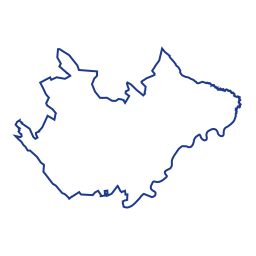 Valmieras pag., Burtnieku, Latvia
{"feature_id": "27541924B48848471739366", "entity_name": "Valmieras pag.", "entity_type": "district", "adm_level": 2, "iso_a3": "LVA", "parent_name": "Latvia", "parent_adm1": "Burtnieku", "projection": "mercator", "projection_center": [25.5, 57.594], "detail": "fine", "context": "isolated", "style": "outline", "palette": "blue", "viewbox_px": 256, "rotation_deg": 0, "n_neighbors": 0, "source": "geoboundaries", "source_scale": "gbopen_adm2", "svg_char_len": 5649}
<svg xmlns="http://www.w3.org/2000/svg" viewBox="0 0 256 256"><path d="M230.7,124.4L231.2,123.7L232.5,122.7L233.1,122.0L234.3,120.2L235.8,116.0L235.7,115.2L235.8,114.3L235.7,114.1L235.7,113.7L236.3,113.2L236.1,113.0L236.1,112.2L236.4,112.1L236.7,111.7L236.4,111.0L236.3,110.5L236.5,110.0L235.9,110.0L236.0,109.5L235.7,109.2L235.8,108.6L236.0,108.4L236.5,108.4L237.6,107.8L237.8,107.5L237.6,107.1L237.6,106.8L237.7,106.5L237.9,106.4L238.4,106.5L239.6,107.3L240.0,106.7L240.0,106.4L239.4,106.4L239.2,106.0L239.5,105.5L239.5,104.9L239.7,104.4L239.9,104.3L239.9,104.5L240.1,104.7L240.4,104.7L240.6,104.4L240.2,104.2L238.7,102.5L239.0,102.1L238.8,101.6L239.5,100.6L240.0,100.5L240.1,100.3L239.3,99.9L239.4,99.5L239.1,99.2L239.1,98.7L239.4,98.7L238.9,98.0L239.5,97.8L239.6,97.6L239.2,97.5L239.4,97.0L239.0,96.8L238.6,97.1L238.0,97.0L237.7,96.5L237.0,96.8L236.9,96.6L236.5,96.8L234.3,96.0L234.1,95.8L234.2,95.7L234.4,95.6L234.6,94.6L234.5,94.1L233.6,93.7L233.5,93.1L233.3,92.7L233.2,92.7L233.2,92.9L232.5,93.1L232.1,93.0L232.0,92.8L231.8,92.8L231.5,92.9L231.3,92.6L231.3,92.4L231.1,92.3L230.7,91.9L231.1,91.7L230.9,91.4L230.5,91.4L230.4,91.0L230.2,90.7L229.6,90.8L229.4,90.9L229.1,90.8L228.5,91.0L228.2,90.9L227.8,90.0L227.4,90.0L226.9,89.5L226.6,89.4L226.1,89.5L225.7,89.8L225.3,90.5L225.1,90.9L225.0,91.0L224.3,90.5L223.8,90.5L223.9,89.9L223.7,89.8L223.4,89.1L223.2,89.0L222.5,89.4L222.3,89.8L222.0,89.6L222.1,89.8L221.7,90.0L221.3,89.9L221.7,89.7L221.3,89.6L221.2,89.4L221.0,89.5L220.6,89.3L220.6,89.5L220.3,89.7L220.1,89.2L219.9,89.1L219.6,89.1L219.7,89.6L219.1,89.6L219.1,89.4L218.6,89.3L218.3,89.5L218.2,88.8L217.8,88.6L217.7,88.1L217.4,88.5L217.2,88.1L216.9,88.2L216.8,87.9L216.5,87.6L216.3,87.9L215.7,87.6L215.7,87.2L215.3,87.3L215.2,87.0L215.4,86.8L215.1,86.6L214.8,86.7L214.6,86.4L214.3,86.3L214.4,86.0L214.1,85.7L213.9,85.6L213.9,85.1L213.3,85.0L213.1,85.0L213.1,85.5L212.6,85.2L211.6,85.6L211.7,85.3L211.7,85.1L211.4,84.7L211.1,84.3L210.6,84.1L209.9,83.3L209.2,83.5L209.0,83.3L208.9,83.0L208.7,83.0L208.3,83.3L207.2,82.7L206.7,83.2L202.5,81.8L198.4,83.3L196.8,83.0L196.1,81.8L194.8,81.2L193.5,79.9L190.8,78.8L188.0,77.3L185.6,76.9L182.0,75.2L180.2,72.6L180.2,70.4L178.3,67.1L177.2,66.4L176.2,65.4L175.7,64.7L175.6,64.0L173.1,60.9L170.7,58.3L169.5,56.6L169.7,55.8L165.0,52.1L162.1,48.5L159.3,60.2L158.1,62.2L157.5,62.8L155.1,66.2L155.0,66.4L154.8,66.9L152.2,70.8L154.6,73.8L154.5,74.9L153.6,75.4L146.7,78.2L141.6,81.5L141.6,82.7L145.4,86.5L145.7,86.9L145.3,88.6L145.4,89.8L144.6,92.4L144.7,93.0L145.0,93.5L143.3,95.4L136.4,89.8L131.2,84.6L127.5,82.5L126.9,83.3L127.7,86.2L127.8,86.4L128.8,89.1L128.4,90.2L125.8,91.3L125.6,93.3L129.2,96.0L125.1,102.9L124.0,101.2L123.8,100.2L121.5,99.4L118.5,99.0L115.8,100.9L112.2,100.8L111.3,100.4L107.1,97.8L100.1,97.9L98.9,96.5L95.0,91.6L92.0,84.2L94.3,78.5L97.0,75.8L97.1,71.4L78.9,70.0L77.4,65.5L69.2,55.2L59.5,49.1L58.0,49.2L57.3,57.4L58.9,60.2L60.8,63.6L59.4,66.5L62.1,68.6L62.2,68.9L65.9,72.0L66.7,73.1L67.2,73.0L70.2,75.6L70.3,75.8L65.0,78.8L56.7,77.3L51.2,79.8L50.1,77.4L40.2,82.6L43.0,88.0L46.0,94.4L48.9,97.7L47.4,100.6L47.5,100.6L46.2,103.1L46.5,104.1L47.2,105.5L52.6,109.3L55.9,113.3L55.6,113.7L54.4,119.7L47.6,115.8L42.3,127.3L40.7,129.2L38.6,131.3L38.9,131.6L35.9,132.9L36.0,134.5L37.5,137.6L35.3,138.8L33.3,136.9L29.6,128.7L21.8,123.4L22.1,122.8L19.4,120.8L19.5,120.4L17.2,121.8L15.6,124.7L17.7,127.0L17.9,127.0L19.7,128.3L18.8,129.0L19.6,130.1L18.5,131.4L19.4,132.7L20.5,133.9L21.4,134.2L21.6,136.3L20.3,137.1L15.4,136.0L18.9,139.6L20.5,140.9L21.9,142.5L22.9,144.2L24.1,145.7L25.4,146.7L27.7,150.5L30.1,150.6L37.0,156.9L40.8,162.5L44.0,164.9L43.4,171.8L44.1,172.5L52.7,183.7L55.9,185.7L62.2,193.1L64.1,193.8L65.5,194.7L68.3,197.4L69.2,198.7L71.8,196.6L72.0,196.7L78.8,192.3L79.2,192.1L80.8,194.3L81.4,194.5L92.7,195.1L95.2,192.3L98.2,190.8L98.9,192.0L100.7,194.7L100.8,194.9L100.7,196.2L100.8,196.2L104.0,195.6L106.0,195.6L105.8,193.8L105.0,193.9L104.7,191.0L107.3,190.6L107.6,194.6L107.5,195.6L110.5,194.3L111.6,193.7L112.7,192.4L117.6,185.9L117.9,186.2L120.2,190.7L121.6,192.2L122.5,191.6L123.2,191.5L125.0,190.8L125.5,194.6L127.4,194.4L127.2,198.6L127.2,199.9L124.7,200.5L122.8,201.4L123.0,202.0L122.7,202.9L123.5,205.7L123.6,206.7L125.3,207.3L127.2,207.5L128.1,207.4L130.3,206.6L131.8,205.8L133.2,204.7L134.8,203.3L136.2,201.9L139.5,198.4L141.2,196.1L143.4,194.1L143.8,193.9L144.4,194.1L151.8,197.1L153.4,196.7L155.0,195.6L155.3,194.9L155.5,194.0L155.6,193.0L155.4,192.6L155.1,192.1L154.3,191.4L152.8,190.6L151.4,189.4L151.1,188.9L150.8,188.0L151.0,186.0L152.6,182.6L153.2,181.7L153.5,181.5L154.6,181.5L156.0,181.9L157.7,182.1L158.7,181.9L160.7,181.3L161.5,180.9L163.3,179.7L166.2,177.3L166.8,176.5L166.8,175.9L165.3,173.9L165.0,173.1L164.8,172.3L164.9,171.8L165.8,170.7L169.7,168.7L170.6,168.0L171.1,167.2L171.6,166.3L171.8,165.2L171.9,164.5L171.8,161.5L171.9,160.6L172.4,158.9L173.7,156.3L178.5,149.2L179.0,148.7L181.6,146.5L181.9,146.3L183.0,146.2L186.1,146.3L186.8,146.4L188.0,147.0L189.2,147.2L189.8,147.2L190.9,146.8L191.8,146.1L193.0,144.3L193.8,141.6L193.9,140.7L194.3,139.2L195.0,138.0L196.1,136.7L199.1,134.7L199.8,134.8L200.0,135.1L200.3,135.5L200.7,136.8L201.3,138.1L202.6,139.5L203.7,140.1L204.7,140.4L205.8,140.1L206.4,139.6L206.6,139.2L206.8,138.6L206.8,137.8L206.4,135.3L206.5,133.9L206.7,133.3L207.1,132.4L208.0,131.3L208.8,130.8L211.0,129.6L212.7,129.0L213.8,129.0L214.9,129.2L215.8,129.6L216.3,130.1L217.0,130.9L217.3,131.4L218.1,133.9L219.1,135.1L220.5,136.0L222.1,136.2L222.5,136.0L223.1,135.6L223.5,134.8L223.6,134.3L223.7,133.7L223.7,131.7L224.0,130.1L224.5,128.9L225.5,127.7L228.1,126.3L229.7,125.0L230.7,124.4Z" fill="none" stroke="#1e3a8a" stroke-width="2"/></svg>